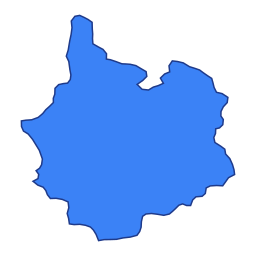 outline of São Francisco do Glória, Minas Gerais, Brazil
{"feature_id": "56859067B91549743589914", "entity_name": "São Francisco do Glória", "entity_type": "district", "adm_level": 2, "iso_a3": "BRA", "parent_name": "Brazil", "parent_adm1": "Minas Gerais", "projection": "mercator", "projection_center": [-42.282, -20.783], "detail": "fine", "context": "isolated", "style": "filled", "palette": "blue", "viewbox_px": 256, "rotation_deg": 0, "n_neighbors": 0, "source": "geoboundaries", "source_scale": "gbopen_adm2", "svg_char_len": 1838}
<svg xmlns="http://www.w3.org/2000/svg" viewBox="0 0 256 256"><path d="M172.3,60.9L169.0,65.8L169.7,71.9L164.6,74.0L160.4,78.1L163.4,83.3L158.3,85.6L153.3,87.1L148.5,90.0L142.1,89.3L137.1,84.4L142.8,80.4L146.8,76.4L146.1,71.6L141.1,68.7L135.9,65.6L130.3,64.3L126.3,64.0L121.9,63.8L115.7,61.5L110.3,59.7L106.4,59.1L106.5,53.7L103.0,49.4L97.9,46.7L92.9,43.8L92.5,38.7L92.7,34.0L92.3,29.1L92.1,22.3L88.1,19.5L84.1,17.4L79.7,15.4L74.9,16.3L71.3,21.0L72.0,27.7L71.1,34.5L69.7,41.1L68.2,50.1L66.3,56.2L68.8,61.5L69.9,69.6L70.9,75.0L70.3,79.5L67.6,83.1L63.3,83.6L58.7,84.6L55.0,88.3L54.8,94.2L53.3,98.3L53.4,102.5L49.5,106.4L45.8,109.7L42.8,113.5L38.2,117.4L31.7,119.8L25.8,120.2L21.4,120.9L21.5,126.5L23.5,131.1L28.2,134.0L32.6,139.4L36.1,145.1L39.3,150.3L42.4,159.0L41.6,164.7L39.6,168.2L36.1,170.7L38.7,174.3L38.0,178.6L33.0,181.3L37.8,185.1L43.2,187.2L45.8,190.5L47.4,194.7L50.4,198.5L56.1,198.3L62.3,199.4L68.1,201.9L68.8,207.7L67.2,213.5L68.6,218.4L69.4,223.9L74.1,224.6L79.7,224.3L85.6,225.3L90.4,227.0L93.4,230.0L96.1,234.4L98.6,240.6L104.2,239.6L110.7,239.5L116.6,239.3L123.1,237.9L130.2,237.1L137.0,235.3L139.7,231.5L141.1,227.2L141.4,221.7L142.6,216.3L146.0,214.0L151.4,213.5L157.1,214.2L163.8,215.3L169.4,214.0L172.6,211.3L175.9,208.2L178.9,205.2L182.6,203.9L186.6,205.5L190.6,205.5L192.7,199.9L196.0,196.8L202.1,196.3L205.3,193.5L206.2,187.9L210.3,185.9L216.6,185.5L222.7,185.8L225.8,181.5L228.5,177.7L234.6,174.5L234.0,169.8L232.5,164.6L229.8,158.6L225.6,154.0L224.8,149.2L220.6,146.1L214.9,142.5L213.8,137.5L215.5,133.5L215.7,128.8L219.5,127.9L222.8,124.7L223.3,119.5L220.9,116.0L221.0,111.5L223.3,106.8L227.2,102.6L227.9,97.4L222.1,93.6L216.5,92.3L214.1,87.5L212.9,82.6L211.7,78.4L207.8,75.9L203.2,72.7L199.6,70.0L195.0,68.4L189.5,66.7L183.3,62.9L177.4,61.5L172.3,60.9Z" fill="#3b82f6" stroke="#1e3a8a" stroke-width="1.5"/></svg>